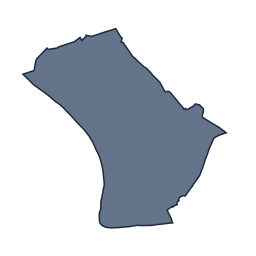 Long Xuyen, An Giang, Vietnam, rotated 172°
{"feature_id": "81297802B27304776569222", "entity_name": "Long Xuyen", "entity_type": "district", "adm_level": 2, "iso_a3": "VNM", "parent_name": "Vietnam", "parent_adm1": "An Giang", "projection": "mercator", "projection_center": [105.422, 10.372], "detail": "fine", "context": "isolated", "style": "filled", "palette": "slate", "viewbox_px": 256, "rotation_deg": 172, "n_neighbors": 0, "source": "geoboundaries", "source_scale": "gbopen_adm2", "svg_char_len": 4117}
<svg xmlns="http://www.w3.org/2000/svg" viewBox="0 0 256 256"><g transform="rotate(172 128 128)"><path d="M52.5,139.0L52.9,139.5L53.2,139.8L53.5,140.3L53.7,140.6L53.9,141.0L54.1,141.1L54.4,141.2L54.8,141.4L55.3,141.5L56.0,141.7L56.7,141.9L57.4,142.2L57.9,142.5L58.8,141.8L59.3,141.3L60.0,140.8L60.4,140.5L60.5,140.5L61.7,140.0L62.7,139.6L66.4,138.1L67.2,137.9L68.1,139.3L68.3,139.4L69.0,139.0L69.9,138.7L70.0,139.2L70.6,140.3L71.4,141.5L73.5,144.8L75.6,148.3L77.8,151.9L80.0,155.4L81.2,157.3L81.5,157.6L81.6,157.8L81.9,158.1L82.2,158.4L82.5,158.6L82.9,158.6L83.1,158.6L83.4,158.5L83.7,158.5L83.9,158.6L84.2,158.7L84.3,158.8L84.6,158.8L84.8,158.8L85.1,158.8L85.5,158.7L85.9,158.6L86.2,158.7L86.3,158.9L86.4,159.1L86.7,159.6L86.8,160.0L88.4,164.3L89.2,166.3L89.8,168.0L90.3,169.1L92.0,171.4L94.3,174.4L96.4,177.2L97.6,179.4L101.4,184.6L104.1,186.8L107.0,190.4L109.1,193.0L110.7,195.1L112.3,197.1L113.5,198.0L113.6,198.4L113.7,198.8L113.9,199.3L114.4,200.3L115.5,202.4L115.9,203.2L116.2,203.8L116.7,204.8L117.7,206.9L118.8,208.9L119.2,209.7L119.8,210.9L120.2,211.9L120.7,212.9L120.9,213.3L121.8,213.7L122.7,213.9L122.5,214.6L122.3,215.2L122.2,215.8L121.7,216.9L121.4,217.6L121.2,217.8L121.3,217.9L121.5,218.2L121.9,218.5L122.3,218.9L125.0,224.9L126.4,228.2L130.6,227.3L131.0,227.3L142.4,225.4L150.1,224.0L151.0,223.7L156.6,225.7L156.6,225.2L156.7,224.8L157.3,224.3L158.0,223.9L158.3,223.6L158.5,223.2L159.0,222.9L159.4,222.6L160.1,222.3L160.7,222.0L161.6,221.0L161.8,221.3L162.3,223.0L162.7,224.2L162.9,224.4L163.5,224.2L163.8,224.0L163.9,223.6L164.3,223.5L165.1,223.2L166.2,222.5L166.9,222.0L168.2,221.4L169.2,220.9L169.5,220.8L172.8,220.2L173.0,220.2L185.7,217.9L186.8,217.1L196.1,216.9L197.1,218.4L199.0,216.9L202.0,214.5L204.6,212.5L208.1,209.8L208.7,209.3L209.1,208.8L209.7,207.7L210.8,204.9L212.6,199.0L213.0,198.2L213.3,197.9L213.8,197.7L215.5,197.6L216.3,197.3L217.4,197.2L218.0,197.2L218.9,196.9L220.1,196.7L222.8,196.2L223.7,196.0L224.6,195.8L221.7,192.3L220.4,190.5L219.6,189.6L217.7,187.0L215.9,184.6L215.1,183.5L213.7,182.3L210.6,179.3L208.7,177.6L206.4,175.4L203.1,172.1L201.2,170.0L199.0,167.5L197.6,165.9L195.9,164.1L192.3,160.7L191.7,160.0L190.7,158.8L189.4,157.4L188.3,155.8L185.2,151.5L184.0,150.0L177.8,140.8L176.7,139.2L175.8,137.9L172.3,133.3L168.1,126.2L167.9,125.9L164.7,118.4L164.1,116.3L163.2,113.0L162.8,111.7L162.7,111.1L161.5,107.7L160.6,104.8L160.0,102.1L159.6,99.7L159.2,96.8L159.0,94.4L158.8,91.3L158.8,87.8L158.8,85.7L159.0,83.2L159.1,79.4L159.2,77.2L159.3,75.7L159.5,74.6L159.9,73.9L160.3,72.4L161.2,70.3L161.7,68.2L162.8,65.3L163.3,63.6L163.8,62.3L164.6,60.3L165.1,58.7L165.4,57.5L165.5,56.0L165.8,54.0L166.3,51.6L166.5,50.9L167.0,50.2L168.0,48.3L168.4,47.0L168.6,45.7L168.8,43.8L169.1,41.9L169.0,41.0L169.2,39.9L169.2,38.8L168.9,37.6L168.3,36.6L167.3,35.1L165.5,33.8L162.9,32.5L160.9,32.1L158.4,31.4L154.8,31.1L153.5,30.9L151.2,30.7L148.9,30.6L145.9,30.5L142.0,30.2L136.8,30.3L132.8,30.3L130.5,30.0L128.6,29.6L126.8,29.3L124.2,29.0L121.8,28.7L118.6,28.3L112.2,28.3L104.4,28.1L99.0,28.0L97.0,27.8L97.4,29.2L97.5,30.6L97.7,31.7L98.2,33.6L98.6,35.0L99.9,38.6L100.6,41.4L99.4,42.0L97.0,43.2L95.3,44.2L94.9,43.5L94.6,43.6L92.5,44.7L92.0,44.8L91.7,44.8L91.4,44.8L91.0,44.9L89.8,45.4L89.8,45.7L89.9,46.0L90.0,46.4L89.9,47.0L89.9,47.4L89.7,47.8L89.4,48.0L89.0,48.2L88.6,48.3L88.3,48.5L87.9,48.7L87.7,48.9L87.6,49.0L87.7,49.5L87.8,49.8L87.7,50.3L87.5,50.8L87.3,51.3L87.0,51.6L86.6,52.0L86.1,52.3L85.7,52.5L85.1,52.7L83.9,53.0L82.2,53.3L81.9,53.2L81.6,53.1L81.2,52.7L80.9,52.7L78.4,55.3L75.4,58.4L72.3,61.5L71.0,63.2L68.2,66.1L66.1,68.3L63.6,71.1L63.3,71.6L61.7,74.5L59.2,79.1L58.9,79.8L57.2,83.2L55.6,86.4L54.8,87.8L53.7,89.8L53.1,90.9L52.1,92.8L50.6,95.9L49.8,97.2L45.6,104.1L44.2,106.1L43.7,106.5L40.7,107.4L39.3,108.1L31.4,109.6L36.8,115.0L38.6,116.7L40.4,118.1L42.5,119.7L43.6,120.7L44.0,120.9L44.5,121.2L46.9,123.3L50.4,126.2L51.0,126.8L51.9,127.4L52.4,127.9L52.7,128.3L52.7,128.7L52.7,129.4L52.7,130.0L52.6,130.4L52.2,131.2L51.6,132.4L51.2,133.5L51.0,134.5L50.8,135.3L50.8,136.0L50.9,136.8L51.2,137.4L52.2,138.6L52.5,139.0Z" fill="#64748b" stroke="#1e293b" stroke-width="1.5"/></g></svg>